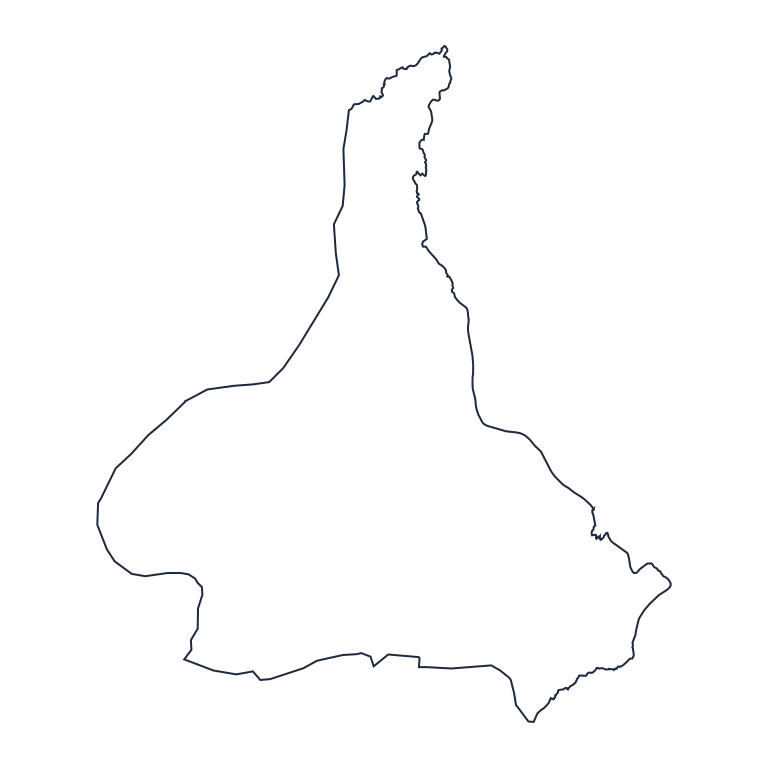 Barito Utara, Kalimantan Tengah, Indonesia
{"feature_id": "22746128B89680104320053", "entity_name": "Barito Utara", "entity_type": "district", "adm_level": 2, "iso_a3": "IDN", "parent_name": "Indonesia", "parent_adm1": "Kalimantan Tengah", "projection": "natural_earth1", "projection_center": [115.596, -0.74], "detail": "fine", "context": "isolated", "style": "outline", "palette": "slate", "viewbox_px": 768, "rotation_deg": 0, "n_neighbors": 0, "source": "geoboundaries", "source_scale": "gbopen_adm2", "svg_char_len": 6024}
<svg xmlns="http://www.w3.org/2000/svg" viewBox="0 0 768 768"><path d="M533.7,721.9L537.3,713.5L540.9,710.1L543.5,708.4L546.3,705.8L548.8,702.8L550.3,699.1L550.9,698.1L552.6,699.2L553.4,699.3L553.6,698.9L554.1,698.8L554.1,698.0L555.2,697.2L555.2,695.3L556.0,695.0L556.6,694.0L557.6,693.0L558.0,692.2L558.0,691.0L558.9,690.0L563.1,689.4L564.7,688.5L564.8,688.2L565.9,687.9L566.7,688.2L567.4,689.3L567.9,689.5L568.2,688.2L569.0,687.8L570.4,686.1L573.2,684.8L574.1,683.5L575.2,683.1L576.8,679.9L576.9,679.2L578.6,677.1L579.3,675.5L585.8,675.8L586.9,674.6L587.1,673.9L588.3,672.9L590.1,672.5L591.3,672.9L592.6,672.6L595.3,670.3L596.6,668.0L598.3,668.1L598.7,668.6L602.4,668.1L606.0,669.6L608.3,669.3L608.7,668.9L609.3,669.3L610.0,669.0L613.5,669.4L613.8,670.0L614.3,669.7L614.9,668.7L615.4,668.6L615.9,669.0L616.7,668.7L617.9,666.6L618.8,666.5L619.7,667.0L623.0,665.3L627.3,661.4L629.1,659.3L630.6,658.5L632.3,658.5L633.3,656.7L633.8,654.9L633.2,650.4L632.9,649.7L633.0,648.3L632.4,647.5L632.8,645.9L632.9,644.7L632.5,643.2L632.8,641.8L635.4,635.2L635.8,631.9L636.9,626.9L638.7,619.6L639.6,617.5L644.5,609.9L649.9,603.6L658.9,595.1L666.6,590.1L669.3,587.8L670.5,585.9L670.7,584.9L670.6,583.2L669.0,580.3L667.6,578.8L665.4,577.0L664.1,576.6L663.1,576.0L662.6,575.0L661.4,573.7L659.8,570.9L658.8,570.8L658.3,570.6L657.4,569.5L657.3,568.8L654.0,566.9L652.0,563.8L651.2,563.3L650.2,563.7L648.0,563.4L646.8,563.9L640.9,568.3L639.7,569.3L637.3,572.2L636.2,572.9L634.2,573.1L633.4,572.6L632.1,570.9L630.3,567.1L629.0,558.4L627.8,553.9L627.0,552.8L612.7,542.5L610.7,540.5L608.4,536.6L607.9,533.9L607.5,533.2L606.8,532.8L606.3,533.0L605.7,533.7L605.7,534.4L603.9,536.0L603.6,537.4L601.6,539.3L601.3,539.1L600.8,539.8L600.4,539.8L600.2,539.5L600.0,537.7L599.7,537.7L599.8,536.4L599.3,537.1L598.9,536.5L598.5,536.6L598.1,537.6L597.6,537.4L596.5,538.8L595.9,538.0L596.2,535.8L595.8,534.8L592.0,535.3L591.6,533.0L592.0,530.9L592.6,530.6L593.2,529.7L593.6,528.7L593.7,527.0L594.6,526.4L594.6,525.8L595.3,525.3L593.3,514.9L592.7,513.8L592.7,512.7L592.3,512.4L592.5,511.2L592.2,510.5L592.9,509.7L593.2,510.0L593.8,509.8L593.8,509.5L593.2,509.4L593.6,508.4L593.1,508.7L593.0,508.2L590.8,505.2L584.5,499.3L581.5,497.1L573.6,492.1L568.2,487.8L565.3,486.2L563.6,485.0L561.5,483.2L554.7,476.3L551.4,471.8L541.4,452.4L540.4,451.0L534.9,445.8L529.6,439.4L525.5,435.8L522.7,434.2L520.2,433.2L516.2,432.4L506.0,431.3L487.4,425.9L485.2,424.8L483.2,423.4L482.4,422.4L478.3,414.5L476.6,409.4L475.8,405.2L475.3,399.2L472.7,388.6L472.5,383.1L472.6,377.1L473.1,373.6L473.2,364.8L472.4,355.3L468.3,332.9L467.9,327.4L468.5,322.9L468.7,319.8L468.1,315.7L467.9,312.5L467.2,309.3L466.3,307.7L459.5,302.5L456.9,299.6L454.9,297.0L454.1,293.2L452.0,291.8L451.9,289.6L453.3,287.9L452.5,285.9L452.4,285.1L452.7,283.6L451.7,280.9L449.5,276.9L449.2,276.7L448.0,276.8L447.2,276.3L447.8,275.1L446.3,273.1L445.9,271.7L446.2,270.7L444.7,268.2L442.2,265.8L439.0,263.8L436.0,259.1L429.4,251.8L428.2,250.2L426.8,247.8L425.7,246.6L424.0,246.7L422.9,246.5L422.2,244.3L422.9,241.6L424.8,240.5L426.8,238.9L425.5,227.4L424.7,224.4L421.2,214.4L420.7,213.4L419.6,212.8L418.9,211.6L418.4,210.4L418.4,209.3L417.8,208.4L418.3,207.0L418.3,206.3L417.9,204.9L417.2,203.5L417.1,202.0L417.9,200.9L419.1,200.1L419.3,199.4L418.9,198.5L417.1,197.0L417.0,196.4L417.7,195.1L418.6,194.6L418.7,194.2L418.4,193.7L417.0,193.1L416.8,192.4L416.8,190.2L417.3,188.7L417.0,187.4L417.2,185.3L415.2,183.2L414.5,181.4L413.5,180.3L412.8,177.4L413.7,175.8L415.9,174.5L416.5,173.5L416.6,171.9L416.9,171.7L417.3,171.7L419.0,174.0L420.6,175.3L422.2,173.6L424.7,175.8L425.4,175.9L426.0,174.6L425.9,171.5L426.3,171.0L426.4,170.2L425.7,167.8L426.3,166.1L425.9,165.1L426.1,164.0L425.0,162.3L426.1,160.6L426.1,160.0L424.7,157.7L424.5,157.1L424.8,155.6L424.4,153.9L423.6,152.8L422.7,149.8L421.8,149.0L419.6,148.4L419.3,143.7L419.7,142.1L421.6,140.0L422.3,139.6L423.8,139.9L424.2,136.0L424.6,134.2L424.9,133.9L426.3,134.0L428.1,133.7L429.0,129.1L432.1,121.5L432.3,119.5L431.1,111.5L428.6,106.9L428.7,105.5L431.2,101.3L432.9,99.7L433.9,99.7L437.3,100.7L438.5,100.6L440.0,98.8L439.4,92.4L439.8,91.7L442.4,90.2L444.4,90.4L445.6,89.3L447.5,88.5L448.6,87.0L449.0,84.8L449.4,83.6L450.2,82.7L450.4,81.0L451.3,79.1L451.2,77.6L450.3,75.8L449.2,71.2L450.1,66.7L449.0,59.6L447.5,58.6L446.2,57.0L443.9,56.7L444.1,55.7L444.8,54.8L445.6,52.9L447.2,51.3L447.3,49.5L445.6,46.6L444.9,46.1L444.0,46.1L443.3,47.5L441.5,48.5L441.8,50.6L439.3,53.7L436.4,52.6L436.0,52.6L435.5,53.0L434.5,52.7L433.4,54.0L431.5,54.5L430.8,54.3L430.3,53.5L429.5,53.3L426.7,56.2L422.7,57.2L421.5,58.0L420.4,59.2L417.8,63.3L415.9,65.3L414.2,66.0L412.0,66.1L411.2,65.7L409.9,65.8L407.4,67.3L406.8,68.8L405.7,69.1L403.4,68.7L402.9,67.6L402.1,67.3L399.1,69.1L396.6,70.1L396.8,73.6L396.5,75.8L392.5,76.9L389.6,78.4L388.7,78.6L386.7,78.0L385.5,79.2L384.3,81.7L384.6,84.1L383.8,84.2L384.1,85.3L383.9,86.5L383.3,87.5L382.0,88.1L381.7,88.4L381.9,90.2L381.5,91.5L381.5,92.1L382.8,94.7L382.9,95.6L381.4,97.0L380.2,96.4L379.9,98.1L378.0,98.8L376.0,98.9L373.5,96.1L373.0,96.2L370.2,101.4L369.1,101.6L367.1,101.2L365.2,100.1L364.5,100.0L363.6,101.2L358.9,103.9L356.1,104.2L354.8,104.1L353.6,104.9L351.9,108.2L351.2,109.0L348.9,110.1L346.6,129.9L343.4,149.1L344.6,185.2L342.7,205.9L333.9,224.3L335.8,253.1L338.9,275.2L328.2,297.4L299.0,345.3L283.2,368.1L269.2,382.1L252.8,384.4L233.8,385.8L207.2,389.5L185.3,401.2L185.5,401.4L166.3,420.0L148.3,435.1L131.3,453.8L115.7,468.3L100.8,498.8L98.1,503.0L97.3,524.8L106.9,549.4L114.7,561.4L131.8,573.9L145.3,576.2L167.6,573.0L180.7,573.0L188.7,574.4L195.1,578.6L197.6,582.8L201.9,587.1L202.4,594.8L198.0,608.5L197.7,628.7L190.9,640.1L191.4,649.8L184.2,659.4L213.5,670.5L236.3,674.4L252.9,671.4L260.3,680.0L270.2,679.1L303.2,668.3L317.1,660.7L342.9,655.0L356.5,654.2L361.2,653.1L370.5,656.6L373.7,666.3L388.2,654.5L418.7,657.1L419.5,658.3L419.0,667.1L426.8,667.1L451.2,668.5L491.3,665.4L500.2,670.5L509.3,677.8L510.8,680.0L514.0,692.7L516.1,705.4L517.5,706.8L528.4,721.5L533.7,721.9Z" fill="none" stroke="#1e293b" stroke-width="2"/></svg>